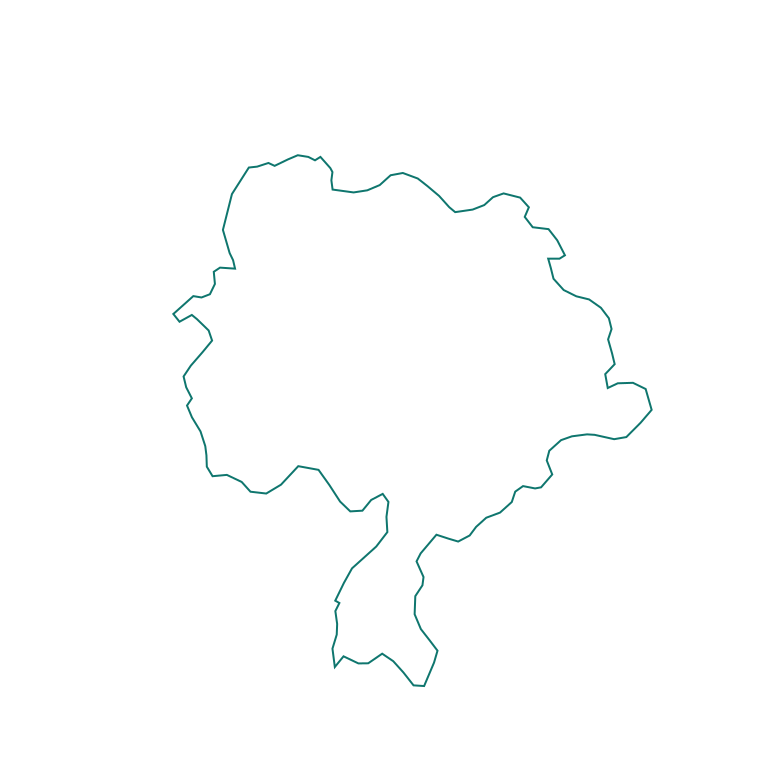 Sangju-si, North Gyeongsang, South Korea (Robinson projection), rotated 228°
{"feature_id": "91817680B21539665501577", "entity_name": "Sangju-si", "entity_type": "district", "adm_level": 2, "iso_a3": "KOR", "parent_name": "South Korea", "parent_adm1": "North Gyeongsang", "projection": "robinson", "projection_center": [128.043, 36.44], "detail": "fine", "context": "isolated", "style": "outline", "palette": "teal", "viewbox_px": 768, "rotation_deg": 228, "n_neighbors": 0, "source": "geoboundaries", "source_scale": "gbopen_adm2", "svg_char_len": 2026}
<svg xmlns="http://www.w3.org/2000/svg" viewBox="0 0 768 768"><g transform="rotate(228 384 384)"><path d="M132.7,211.7L143.5,234.8L150.0,245.3L163.1,246.4L177.2,247.4L192.4,252.7L205.4,265.3L208.7,277.9L214.1,284.2L230.4,289.5L233.6,297.9L236.9,322.1L226.0,328.4L217.3,333.7L214.1,346.3L216.2,356.9L216.2,370.5L210.8,384.2L210.8,400.0L216.2,409.5L215.1,419.0L205.3,426.4L202.1,431.6L204.2,448.5L218.3,453.8L223.8,462.2L223.8,468.5L223.8,478.0L219.4,488.6L210.7,501.2L205.3,506.5L189.0,518.1L182.4,528.6L182.8,535.7L183.5,548.7L185.7,565.6L205.2,575.1L218.3,569.8L228.1,558.2L231.3,547.6L243.3,555.0L244.4,568.7L254.2,574.0L267.2,580.4L272.6,589.9L282.4,595.1L295.5,596.2L309.6,593.0L320.5,585.6L333.6,580.4L348.8,580.4L358.6,585.6L367.3,589.9L359.7,598.3L358.6,604.6L374.9,608.9L389.0,609.9L401.0,599.4L414.0,600.4L418.4,609.9L431.4,609.9L445.6,600.4L449.3,591.5L449.9,589.9L449.9,578.2L454.3,566.6L464.1,551.9L471.7,550.8L486.9,550.8L502.1,548.7L514.1,546.6L528.2,539.2L534.7,528.6L534.7,513.9L539.1,501.2L546.7,489.6L562.9,475.9L570.6,481.2L576.0,487.5L580.4,488.6L595.3,488.7L596.4,482.4L603.4,479.7L611.7,473.0L615.2,462.8L619.3,448.7L625.6,446.0L630.4,435.2L635.3,428.4L626.9,398.1L606.3,367.4L597.6,363.2L584.6,356.9L577.0,354.7L569.4,350.5L580.2,340.0L581.3,332.6L571.5,325.3L567.2,314.7L570.4,306.3L576.9,301.1L577.0,274.3L567.1,273.7L563.9,287.4L557.4,288.4L541.1,289.5L531.3,285.3L529.1,270.6L526.9,252.7L523.7,240.1L513.9,234.8L501.9,231.6L499.8,223.2L487.8,219.0L471.5,215.9L457.4,209.6L449.8,204.3L441.1,197.0L430.2,194.9L421.6,206.4L406.4,212.7L393.3,212.7L381.4,223.2L378.1,240.1L380.3,265.3L364.0,277.9L345.5,275.8L326.0,272.7L311.9,273.7L304.3,283.2L306.4,296.9L303.2,309.5L293.4,308.4L283.6,296.9L271.7,287.4L268.4,269.5L268.4,260.0L268.4,247.4L268.4,236.9L263.0,221.1L255.6,202.8L251.1,204.3L247.8,195.9L237.0,188.6L229.4,181.2L221.8,168.6L206.6,158.1L208.7,171.7L193.5,178.0L187.0,185.4L184.8,202.2L171.8,205.4L156.6,205.4L140.3,204.3L132.7,211.7Z" fill="none" stroke="#0f766e" stroke-width="2"/></g></svg>